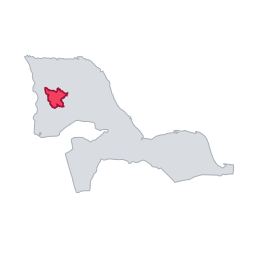 Marrupa, Niassa, Mozambique (highlighted), rotated 274°
{"feature_id": "85939544B26738067837562", "entity_name": "Marrupa", "entity_type": "district", "adm_level": 2, "iso_a3": "MOZ", "parent_name": "Mozambique", "parent_adm1": "Niassa", "projection": "orthographic", "projection_center": [37.58, -13.04], "detail": "fine", "context": "in_parent", "style": "filled", "palette": "rose", "viewbox_px": 256, "rotation_deg": 274, "n_neighbors": 0, "source": "geoboundaries", "source_scale": "gbopen_adm2", "svg_char_len": 7313}
<svg xmlns="http://www.w3.org/2000/svg" viewBox="0 0 256 256"><g transform="rotate(274 128 128)"><path d="M77.0,178.5L78.7,177.1L89.7,164.2L90.4,163.7L89.4,161.6L90.9,159.1L91.0,155.3L91.4,154.7L93.1,153.4L95.5,149.4L96.9,146.3L97.0,144.8L94.7,140.7L94.0,138.5L94.6,136.5L94.8,134.7L94.5,134.1L93.1,133.4L92.9,132.6L92.8,131.6L93.1,131.1L94.7,130.2L95.1,129.7L96.3,124.8L95.8,121.2L95.7,117.0L95.9,112.7L95.7,110.2L94.5,107.4L94.4,105.3L95.1,103.9L95.2,103.1L92.6,102.7L91.2,101.5L86.2,99.7L82.4,99.6L79.1,96.8L76.6,96.4L73.3,94.4L63.2,94.3L62.8,94.1L62.2,87.8L61.8,85.8L60.4,83.6L60.0,82.1L60.1,81.1L65.6,78.6L76.6,75.1L79.0,74.0L97.7,67.2L98.3,67.6L100.2,70.8L103.4,74.5L104.2,74.0L108.7,73.3L109.4,72.8L110.7,72.5L112.3,72.2L112.9,72.4L114.6,74.7L115.2,79.0L115.3,81.9L115.2,84.0L113.8,86.4L112.9,89.4L111.5,91.1L111.5,91.9L113.2,93.7L113.6,94.4L113.5,96.0L113.8,96.6L115.2,97.5L116.3,99.0L120.4,103.3L121.5,104.1L122.3,104.3L122.7,105.1L122.5,106.1L121.9,106.7L122.2,107.5L122.9,108.2L124.8,108.0L125.0,107.8L124.9,103.9L124.2,101.7L123.4,100.7L124.9,96.5L125.7,95.3L128.8,94.9L130.2,94.4L130.8,93.9L131.2,92.6L131.6,88.9L131.7,85.5L131.3,83.4L131.8,80.4L132.4,78.5L132.1,78.1L131.8,75.5L124.0,65.3L119.6,60.8L118.8,60.3L116.4,60.0L115.1,58.3L114.0,49.1L112.3,42.5L114.8,38.0L115.6,35.2L116.1,34.8L118.3,34.6L126.0,34.6L127.9,34.8L128.7,34.5L130.7,32.8L132.4,32.8L134.6,33.9L135.8,34.9L136.0,35.7L137.5,36.1L140.3,36.3L142.3,35.8L143.5,34.8L144.9,34.3L146.2,34.3L147.3,34.6L148.0,35.3L149.4,35.8L151.4,36.2L153.6,35.7L156.0,34.4L157.3,33.1L158.0,30.9L158.5,30.6L161.8,30.4L163.6,30.9L165.9,32.2L169.9,29.8L172.4,29.0L174.8,29.0L176.8,28.4L178.3,27.3L179.9,26.5L183.2,25.7L185.5,24.5L191.7,19.8L192.4,21.2L193.6,22.5L192.0,23.8L193.4,24.7L192.3,26.0L192.2,26.9L192.7,27.8L192.0,29.3L191.0,30.5L190.8,31.3L191.6,32.9L191.1,35.7L192.4,40.3L192.0,41.8L192.2,45.4L191.7,46.7L192.5,47.2L192.9,48.7L192.5,51.2L191.2,52.2L191.0,53.3L192.7,53.3L192.7,56.5L192.4,57.4L192.8,58.5L192.3,59.6L192.9,64.7L192.9,68.4L193.0,69.0L194.4,69.6L194.4,70.7L193.4,72.0L193.4,73.9L194.5,72.4L195.1,72.4L195.7,73.0L195.7,75.2L196.0,76.4L195.8,77.3L194.1,79.1L194.0,80.9L193.3,81.2L193.0,81.6L193.4,82.6L193.4,83.5L192.2,86.3L186.3,93.0L186.2,94.1L184.7,96.2L183.1,96.6L182.2,97.1L182.9,99.0L175.2,103.7L174.4,104.3L173.2,106.0L170.6,106.9L167.9,107.0L167.4,107.4L161.2,109.6L160.0,110.6L157.4,111.5L153.2,113.9L149.8,116.1L146.0,119.5L145.5,121.3L143.7,123.7L141.0,126.4L139.4,128.8L139.3,129.8L138.3,130.1L137.5,129.1L137.2,131.0L136.5,131.1L135.8,130.8L132.4,132.8L129.9,135.0L126.4,139.4L121.2,143.7L120.0,143.8L118.3,142.4L117.5,142.3L118.8,143.8L118.8,147.4L118.2,151.5L118.3,152.4L121.8,156.8L123.6,161.9L123.8,164.5L125.5,167.8L126.4,172.9L126.3,177.6L127.1,178.3L127.4,177.7L127.5,174.7L128.0,173.9L128.4,174.0L128.9,175.6L129.1,177.3L128.5,181.0L128.7,182.5L129.6,185.0L128.6,187.9L127.2,195.9L127.6,196.4L128.4,196.6L128.6,195.7L129.1,195.7L129.3,196.2L128.7,199.4L128.1,200.8L126.0,204.2L124.8,205.6L122.9,207.1L118.3,209.3L109.1,212.6L103.3,215.2L98.8,218.3L96.8,220.3L96.1,222.6L94.6,225.0L96.0,227.0L97.8,228.4L98.5,226.0L99.0,226.0L98.5,235.9L92.3,236.2L90.4,235.8L89.4,235.9L89.1,231.8L88.2,228.8L88.5,226.5L88.3,225.4L87.0,224.6L86.5,222.2L87.2,220.4L86.6,205.2L84.0,197.8L80.7,192.5L80.4,189.9L78.8,184.0L77.0,178.5ZM116.5,41.8L117.3,41.4L117.4,40.6L116.9,40.2L116.4,40.3L116.2,41.6L116.5,41.8ZM115.9,40.4L115.3,39.8L114.8,40.0L114.6,40.5L115.1,41.1L115.7,41.1L115.9,40.4Z" fill="#d9dde1" stroke="#a8b0b8" stroke-width="1"/><path d="M162.2,54.8L161.9,54.7L161.9,54.8L161.6,54.9L161.4,55.1L161.2,55.1L160.9,55.1L160.6,55.0L160.4,54.9L160.3,54.7L160.0,54.7L159.9,54.6L159.5,54.4L159.4,54.5L159.3,54.4L158.9,54.0L158.7,53.9L158.8,53.6L159.0,53.4L159.3,53.2L159.5,53.0L159.5,52.8L159.4,52.6L159.6,52.2L159.9,51.9L159.8,51.7L160.1,51.2L159.9,51.0L159.8,50.9L160.0,50.7L159.9,50.6L160.1,50.2L160.0,49.9L159.9,49.8L160.0,49.7L160.0,49.1L159.9,48.8L159.8,48.6L159.9,48.3L160.0,48.0L160.1,47.9L160.2,47.7L160.1,47.4L160.4,47.1L160.5,46.9L160.5,46.7L160.6,46.4L160.5,46.2L160.4,46.2L160.6,46.0L160.6,45.7L160.8,45.6L161.0,45.5L161.1,45.4L161.3,45.1L161.5,45.0L161.6,44.9L161.8,44.6L162.1,44.3L162.2,44.2L162.2,43.9L162.2,43.7L162.3,43.6L162.4,43.4L162.4,43.2L162.5,42.9L162.5,42.7L162.4,42.5L162.0,42.6L161.6,42.6L161.3,42.8L161.1,42.7L160.8,42.4L160.7,42.4L160.2,42.7L159.8,42.9L159.5,43.1L158.7,43.0L158.1,43.2L158.0,43.4L157.5,43.5L157.3,43.6L156.8,43.8L156.4,44.1L156.1,44.8L156.0,45.0L155.8,45.0L155.7,45.6L156.0,46.1L155.8,46.4L155.7,46.5L155.1,46.5L154.5,46.4L154.5,46.2L154.8,45.9L154.6,45.9L154.1,45.9L154.0,46.0L153.8,46.0L153.5,46.1L153.2,46.0L152.8,46.0L152.7,46.1L152.1,46.3L151.8,46.3L151.6,46.3L151.3,46.5L151.1,46.5L150.8,46.3L150.7,46.5L150.4,46.5L150.2,46.4L150.1,46.5L149.9,46.5L149.7,46.6L149.7,46.9L149.4,46.9L149.3,47.3L149.3,47.5L149.3,47.8L149.1,48.2L148.9,48.3L148.7,48.6L148.5,48.8L148.1,48.7L147.9,48.4L147.4,48.7L147.2,48.6L147.1,48.8L146.8,48.8L146.6,48.8L146.2,48.8L145.9,49.0L145.8,49.3L145.7,49.4L145.7,49.6L145.3,49.5L145.2,49.8L144.9,50.3L144.6,50.4L144.5,50.7L144.1,50.7L144.1,50.8L144.0,51.0L143.8,51.1L143.4,51.2L143.3,51.4L143.3,51.6L143.3,51.9L143.4,52.0L143.2,52.3L143.3,52.5L143.2,52.6L143.2,52.8L143.0,53.0L142.8,53.1L142.7,53.3L142.8,53.4L142.8,53.5L142.7,53.6L142.8,53.9L143.1,54.1L143.4,54.5L143.5,54.5L143.7,54.8L143.8,54.9L143.9,55.3L144.0,55.4L144.0,55.5L144.4,55.8L144.5,56.0L144.7,55.9L144.8,56.0L145.0,56.0L145.7,55.7L146.0,55.7L146.4,55.6L146.6,55.5L146.5,55.9L146.3,56.1L146.1,56.2L146.0,56.4L146.0,56.5L145.9,56.5L145.7,56.8L145.8,56.9L145.6,57.0L145.6,56.9L145.5,57.0L145.4,56.9L145.3,57.0L145.2,57.2L145.3,57.2L145.2,57.3L145.2,57.5L145.3,57.7L145.2,57.8L145.2,58.0L144.9,58.2L145.0,58.3L145.1,58.5L144.9,58.8L145.0,59.0L144.9,59.1L145.0,59.3L144.8,59.5L144.7,59.8L144.6,60.0L144.5,60.3L144.6,60.6L144.5,60.9L144.6,61.0L144.7,61.3L144.8,61.2L144.9,61.3L144.8,61.8L144.9,62.1L144.9,62.4L145.0,62.5L145.2,62.4L145.9,61.9L146.0,61.9L146.2,61.6L146.3,61.5L148.3,61.7L148.5,61.5L148.5,61.4L148.4,61.4L148.5,61.3L148.7,61.0L148.8,61.0L148.9,60.9L149.0,60.8L149.4,60.6L149.5,60.5L149.5,60.4L149.9,60.0L149.9,59.8L150.0,59.8L150.1,59.7L150.3,59.5L150.4,59.4L150.5,59.5L150.6,59.3L150.9,59.3L151.0,59.2L151.1,59.3L151.1,59.2L151.3,59.2L151.6,59.0L153.0,60.0L153.3,60.6L153.6,60.8L153.6,61.0L153.4,61.4L153.3,61.5L153.6,61.8L153.8,62.1L154.0,62.2L154.0,62.3L154.4,62.4L154.5,62.3L154.7,62.2L154.7,62.3L155.0,62.4L155.1,62.5L155.3,62.6L155.5,62.8L155.6,63.0L155.6,63.3L155.8,63.4L155.9,63.5L156.1,63.7L156.0,63.8L156.2,64.0L156.1,64.3L156.1,64.7L156.3,64.6L156.6,64.7L156.8,64.7L157.0,64.6L157.3,64.7L157.4,64.8L157.5,64.8L157.4,64.9L157.5,65.0L157.7,64.9L157.8,65.2L158.1,65.1L158.3,65.2L158.5,65.2L158.4,65.1L158.5,64.9L158.5,64.7L158.3,64.7L158.2,64.4L158.1,64.1L158.2,63.9L158.2,63.7L157.9,63.4L157.9,63.2L158.0,63.1L158.1,62.8L158.3,62.6L158.4,62.3L158.4,61.9L158.5,61.8L158.9,61.6L158.9,61.3L159.3,60.9L159.5,60.5L160.3,60.0L160.0,58.8L160.0,58.7L160.3,58.4L160.5,58.3L160.6,58.2L160.9,58.0L161.2,58.0L161.4,57.9L161.9,57.3L161.8,57.2L161.7,56.9L161.8,56.9L161.8,56.7L162.0,56.5L161.9,56.5L162.0,56.4L162.1,56.1L162.1,55.9L162.2,55.7L162.3,55.6L162.4,55.4L162.3,55.2L162.2,55.0L162.3,55.0L162.2,54.9L162.2,54.8Z" fill="#f43f5e" stroke="#9f1239" stroke-width="1.5"/></g></svg>